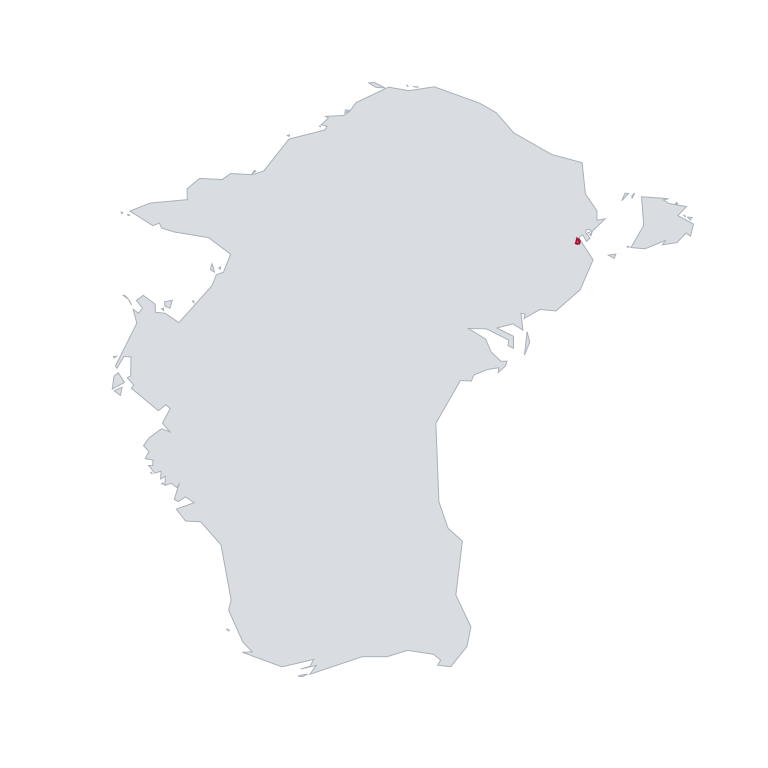 Wyndham, Victoria, Australia (highlighted), rotated 278°
{"feature_id": "25037944B15313699759774", "entity_name": "Wyndham", "entity_type": "district", "adm_level": 2, "iso_a3": "AUS", "parent_name": "Australia", "parent_adm1": "Victoria", "projection": "mercator", "projection_center": [144.582, -37.893], "detail": "fine", "context": "in_parent", "style": "filled", "palette": "rose", "viewbox_px": 768, "rotation_deg": 278, "n_neighbors": 0, "source": "geoboundaries", "source_scale": "gbopen_adm2", "svg_char_len": 4730}
<svg xmlns="http://www.w3.org/2000/svg" viewBox="0 0 768 768"><g transform="rotate(278 384 384)"><path d="M530.6,127.2L539.2,163.6L549.8,161.8L561.9,172.7L563.9,195.2L571.1,203.0L572.9,224.2L578.1,235.2L613.3,255.8L627.3,290.1L631.3,291.8L632.0,285.7L639.7,292.0L640.9,288.9L644.2,306.4L648.8,311.7L658.8,317.2L678.6,347.3L677.9,367.7L685.3,392.5L675.3,439.8L668.3,457.3L650.8,477.5L634.6,518.1L630.7,549.4L600.2,557.0L585.1,570.8L575.7,572.0L578.4,580.0L563.5,568.4L565.7,565.7L564.7,562.8L562.0,562.7L557.0,567.7L553.4,564.7L559.4,560.0L556.0,556.4L536.0,573.8L504.6,565.1L480.3,544.1L479.5,528.0L468.3,513.5L473.0,514.0L472.9,509.8L456.6,514.1L461.5,503.4L455.2,488.0L449.3,505.5L437.4,507.3L439.3,501.4L444.9,501.4L452.9,477.5L450.7,459.8L442.6,478.4L430.7,485.5L422.7,496.8L423.8,502.6L419.0,501.9L411.3,495.5L416.1,495.4L412.7,484.2L405.3,471.7L399.1,470.1L398.1,459.2L352.3,440.8L274.9,454.8L250.1,467.5L239.2,483.5L185.0,484.5L155.5,503.9L135.6,502.7L113.3,489.5L113.0,476.3L118.4,478.5L123.2,470.6L123.5,444.3L114.3,424.7L111.0,400.5L86.2,350.9L95.9,356.2L90.2,341.3L94.2,350.1L101.5,352.7L89.7,322.3L98.6,281.1L100.4,290.8L108.8,280.2L138.4,261.6L148.8,262.7L202.0,245.0L222.0,221.7L220.7,206.5L231.2,195.7L240.0,212.5L244.6,203.1L238.9,196.5L240.6,192.4L257.9,195.2L252.5,193.6L256.1,186.9L253.0,181.1L262.2,180.4L258.9,176.0L266.6,175.4L263.9,169.2L270.6,162.2L271.1,166.4L276.4,165.8L276.9,157.9L284.5,160.7L289.5,154.4L297.7,158.7L308.7,169.8L306.8,178.6L314.3,170.1L330.0,175.7L333.1,170.9L326.2,164.3L344.6,134.4L348.2,136.3L354.5,128.9L356.7,132.0L375.6,129.7L375.0,122.5L362.4,117.3L364.4,115.5L409.9,130.8L423.1,125.2L419.9,131.0L425.5,134.3L432.3,127.2L438.3,133.2L431.1,146.4L423.2,147.7L423.6,157.3L416.2,172.4L457.5,200.0L468.9,202.8L472.4,209.5L491.1,214.1L504.5,190.0L505.4,155.2L507.4,142.2L512.1,139.1L508.6,133.2L519.9,108.3L530.6,127.2ZM553.5,609.5L577.1,619.1L605.3,613.0L607.1,640.0L605.2,635.1L602.4,640.8L601.8,658.9L591.7,651.5L585.4,668.2L573.1,666.9L575.5,662.2L564.8,654.3L560.6,640.3L565.3,642.7L554.2,623.6L553.5,609.5ZM341.1,115.6L354.2,115.6L358.2,119.3L349.5,126.7L341.1,115.6ZM432.3,519.1L455.7,518.4L445.7,522.5L432.3,519.1ZM434.9,155.3L437.5,162.7L429.2,161.5L430.6,156.2L434.9,155.3ZM677.3,343.8L676.7,334.7L680.0,327.1L681.3,332.5L677.3,343.8ZM598.6,593.9L606.5,596.1L606.7,599.8L598.6,593.9ZM339.7,117.8L344.4,125.1L336.0,124.6L339.7,117.8ZM544.9,595.5L540.4,594.5L542.8,588.3L544.9,595.5ZM479.1,196.9L475.1,199.1L471.1,200.4L473.1,196.2L479.1,196.9ZM86.2,348.8L83.0,344.3L82.7,340.2L83.2,340.0L86.2,348.8ZM605.0,603.3L608.1,605.8L602.2,603.8L605.0,603.3ZM647.0,307.6L650.1,307.6L650.1,311.6L647.0,307.6ZM573.9,223.9L577.5,226.2L576.9,227.5L573.9,223.9ZM591.5,661.4L591.8,665.9L588.8,664.5L591.5,661.4ZM682.6,371.2L682.9,376.3L682.5,376.3L682.6,371.2ZM374.3,115.3L372.2,113.3L373.6,112.3L374.3,115.3ZM435.3,115.7L432.1,119.4L435.8,112.9L435.3,115.7ZM683.1,365.1L681.6,366.8L682.6,365.0L683.1,365.1ZM440.0,183.8L438.2,184.5L439.2,182.7L440.0,183.8ZM428.4,155.1L426.1,155.5L427.5,153.1L428.4,155.1ZM119.6,261.8L118.9,265.0L117.8,264.7L119.6,261.8ZM516.1,106.6L516.0,109.1L515.1,107.3L516.1,106.6ZM562.0,564.3L562.6,566.2L561.8,565.6L562.0,564.3ZM431.2,120.4L426.9,123.0L431.4,119.8L431.2,120.4ZM264.2,165.5L262.6,167.3L263.7,165.2L264.2,165.5ZM593.1,658.2L591.6,659.0L592.5,657.4L593.1,658.2ZM477.2,205.9L474.8,205.8L476.0,204.2L477.2,205.9ZM255.4,179.0L254.2,180.0L254.2,177.7L255.4,179.0ZM604.6,648.7L602.5,650.0L603.1,647.5L604.6,648.7ZM517.6,99.8L517.3,101.5L516.1,100.7L517.6,99.8ZM560.8,566.9L562.9,568.8L559.5,568.2L560.8,566.9ZM617.6,255.7L616.0,255.8L616.6,253.7L617.6,255.7ZM630.6,285.4L629.8,285.4L630.4,283.8L630.6,285.4ZM554.4,606.2L553.9,607.8L553.3,605.8L554.4,606.2Z" fill="#d9dde1" stroke="#a8b0b8" stroke-width="1"/><path d="M555.1,554.8L553.3,554.6L553.2,554.6L551.8,554.4L551.5,554.4L551.4,554.4L551.4,554.5L551.2,554.5L550.9,554.4L550.7,554.3L549.9,554.1L549.7,555.2L549.4,555.7L549.4,555.8L549.5,555.8L549.7,556.0L549.8,556.1L549.9,556.3L550.0,556.4L550.0,556.5L549.9,556.5L549.9,556.8L550.0,556.8L549.9,556.8L549.9,557.0L549.9,557.3L550.0,557.4L550.0,557.5L550.1,557.8L550.3,557.8L550.5,557.9L550.6,557.7L550.8,557.7L550.9,557.8L551.0,557.8L550.9,557.9L551.0,557.9L551.0,558.0L551.3,558.1L551.3,558.3L551.5,558.3L551.8,558.3L552.0,558.3L552.3,558.3L552.5,558.3L552.5,558.2L552.8,558.0L552.8,557.9L553.0,557.8L553.2,557.7L553.3,557.7L553.5,557.5L553.5,557.4L553.7,557.2L553.8,557.1L554.0,557.1L554.3,556.9L554.5,556.9L554.6,556.7L554.6,556.4L554.4,556.4L554.4,556.2L554.2,556.1L553.9,556.1L554.0,556.0L553.9,556.0L554.0,555.9L554.1,555.7L554.3,555.4L554.8,555.1L555.0,555.0L555.0,554.9L555.1,554.8Z" fill="#f43f5e" stroke="#9f1239" stroke-width="1.5"/></g></svg>